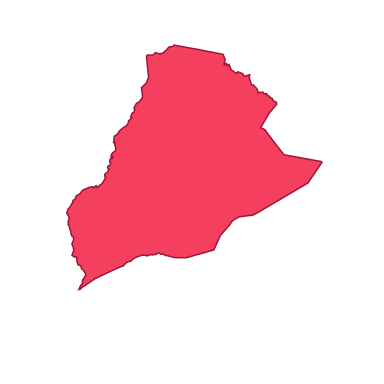 outline of Chalchihuitán, Chiapas, Mexico, rotated 206°
{"feature_id": "50627088B30543908012304", "entity_name": "Chalchihuitán", "entity_type": "district", "adm_level": 2, "iso_a3": "MEX", "parent_name": "Mexico", "parent_adm1": "Chiapas", "projection": "equal_earth", "projection_center": [-92.579, 17.033], "detail": "fine", "context": "isolated", "style": "filled", "palette": "rose", "viewbox_px": 384, "rotation_deg": 206, "n_neighbors": 0, "source": "geoboundaries", "source_scale": "gbopen_adm2", "svg_char_len": 6076}
<svg xmlns="http://www.w3.org/2000/svg" viewBox="0 0 384 384"><g transform="rotate(206 192 192)"><path d="M294.9,126.2L295.2,125.7L295.3,123.7L295.5,123.2L295.8,122.8L295.8,121.0L295.4,119.5L295.5,118.7L295.4,118.2L295.1,117.8L294.4,117.7L293.8,117.3L293.0,116.6L292.5,116.3L292.1,116.0L291.5,115.4L291.0,114.7L290.8,113.8L290.6,112.7L290.5,112.1L290.4,111.4L290.1,110.5L289.5,109.8L289.2,109.3L289.3,108.6L288.7,108.5L286.9,106.9L286.4,106.2L285.6,105.2L283.5,103.1L282.9,102.1L282.3,101.2L281.7,100.6L280.9,100.1L280.2,99.6L279.3,99.5L278.4,98.9L277.9,98.1L277.7,97.7L277.5,96.7L277.5,96.3L277.2,95.3L277.3,93.6L277.1,92.7L276.7,92.1L276.2,91.6L275.9,91.3L274.6,90.6L274.2,89.8L273.9,89.3L273.6,89.1L273.2,88.5L272.5,87.1L272.4,86.2L272.5,85.4L272.4,84.6L272.3,83.1L272.0,82.3L271.4,82.4L270.1,82.1L269.0,82.0L267.7,83.3L266.7,82.2L265.6,80.5L265.0,79.2L263.8,77.9L262.6,76.6L259.9,76.9L258.9,76.2L258.1,74.9L257.1,74.4L255.3,74.1L253.1,72.7L251.8,71.9L251.3,71.2L251.1,70.5L251.7,64.2L251.2,63.5L250.6,62.7L250.6,61.0L251.0,59.6L251.1,57.6L250.9,54.7L250.0,55.5L249.6,56.6L249.3,57.0L248.7,58.6L248.4,59.3L248.1,59.7L247.7,60.4L247.0,61.4L245.9,63.4L243.8,66.9L241.0,71.8L239.7,73.4L236.6,77.3L229.5,86.2L223.0,93.9L221.1,95.7L220.9,97.3L220.1,99.6L218.4,101.6L216.8,102.9L215.8,105.6L214.2,108.2L211.7,110.8L209.2,113.3L206.8,114.3L203.8,115.2L203.6,115.9L203.1,116.4L202.3,117.0L201.3,117.7L199.9,118.1L199.4,118.4L199.1,118.7L198.2,119.5L196.7,120.2L196.6,120.5L196.3,121.2L196.2,121.8L195.9,122.4L195.4,122.6L192.0,122.6L191.4,123.0L190.4,123.5L188.8,123.5L188.1,123.4L187.7,123.4L187.3,123.7L178.9,125.4L168.3,130.4L147.0,149.5L147.5,165.7L146.8,167.5L146.4,169.3L144.7,175.6L144.0,177.6L143.0,184.0L138.7,190.5L137.9,190.8L134.0,193.5L132.8,194.2L130.8,195.6L127.8,197.4L127.2,197.9L126.8,198.5L126.6,198.8L125.2,200.3L91.7,251.0L88.2,275.6L89.2,276.1L89.7,275.9L125.7,265.8L143.0,274.3L153.9,280.0L158.5,279.8L157.2,296.8L154.3,308.1L154.7,308.4L155.4,309.6L158.9,309.6L161.2,311.3L161.5,311.3L161.9,311.1L162.1,311.1L162.3,311.1L162.7,311.0L164.3,311.9L164.7,312.0L164.9,311.9L165.5,311.9L165.9,311.9L166.4,311.9L167.0,312.0L168.0,313.2L170.1,311.9L170.6,312.1L170.9,312.3L171.2,312.5L171.3,312.5L171.8,312.8L172.2,312.7L173.4,311.9L173.7,311.8L174.0,311.7L174.4,311.5L174.6,311.4L174.8,311.4L175.1,311.1L175.3,310.8L176.2,310.1L176.9,311.0L177.2,311.4L177.4,311.7L177.6,312.1L177.8,312.3L178.0,312.5L178.3,312.7L178.6,312.9L179.2,313.4L179.5,313.5L179.8,313.6L180.5,313.9L181.3,314.1L182.0,314.4L182.7,314.4L183.5,315.2L184.4,314.6L185.7,314.6L188.8,317.9L190.5,319.6L191.6,322.7L195.8,318.8L198.5,320.6L203.6,320.1L204.2,318.0L210.5,319.1L214.6,322.9L215.9,320.9L217.2,322.7L218.1,322.4L218.0,321.1L219.0,320.6L220.3,325.7L224.5,329.3L249.3,322.7L260.8,319.4L272.5,316.2L272.6,315.9L272.7,315.2L272.9,314.7L273.1,314.4L273.5,314.0L274.5,313.3L275.0,313.1L276.0,312.5L276.3,312.0L276.5,311.6L276.8,310.1L276.9,309.5L277.0,309.0L277.3,308.3L277.4,308.0L277.5,307.7L277.6,307.3L278.0,306.9L278.5,306.3L278.4,305.5L278.4,305.1L278.6,304.3L279.0,304.0L279.3,303.9L279.5,303.9L279.8,303.7L279.8,303.4L280.2,303.0L280.9,302.6L281.3,302.4L281.5,302.0L282.0,301.9L282.2,301.7L283.1,301.6L283.5,301.7L284.1,301.6L284.6,301.3L284.9,301.3L285.4,301.3L285.9,301.3L286.2,300.8L286.2,300.5L286.3,300.0L286.3,299.7L286.6,299.1L286.8,298.7L287.2,298.1L287.5,297.7L288.0,297.5L288.5,297.2L289.7,296.7L290.0,296.6L290.5,296.3L291.3,296.0L291.7,295.8L292.1,295.4L292.2,295.1L292.3,294.9L292.3,294.5L292.3,294.0L292.2,293.6L281.3,276.1L280.8,269.7L283.2,263.6L278.2,256.2L278.1,254.2L278.2,253.2L278.3,252.6L278.6,251.9L278.8,250.8L279.0,250.2L279.4,249.2L279.8,248.6L280.0,248.4L280.7,247.5L280.9,246.9L280.8,246.3L280.9,245.1L281.0,244.0L281.0,242.0L280.0,241.5L279.5,241.2L279.6,240.7L279.6,240.1L279.5,239.6L279.1,238.8L279.1,238.2L279.4,237.7L280.0,237.3L280.2,236.9L280.4,236.0L280.4,235.2L280.1,233.7L280.0,232.8L279.6,232.4L279.7,232.0L279.3,232.0L278.8,232.0L278.9,231.6L279.0,230.9L279.0,230.3L279.5,229.5L280.1,228.8L280.1,227.9L280.0,227.4L279.9,227.1L279.7,226.5L279.6,225.5L279.7,224.3L280.0,223.3L280.5,221.9L281.7,220.2L282.1,219.5L282.5,218.4L283.0,217.6L283.3,216.9L283.7,215.8L284.1,215.0L284.1,213.7L284.2,212.7L284.3,211.6L285.3,209.7L285.6,208.9L286.3,208.1L285.9,206.5L285.3,205.3L284.3,203.7L284.4,203.0L284.4,202.2L283.9,201.9L283.5,202.0L283.1,202.4L282.6,202.4L282.3,201.7L282.2,201.0L282.0,200.3L281.6,200.2L281.2,199.7L280.8,199.2L280.5,199.0L280.1,198.2L279.5,197.4L279.2,196.7L278.9,195.9L279.4,194.5L280.3,192.9L280.7,191.8L280.7,190.4L280.4,188.3L280.2,187.9L279.9,187.8L279.6,188.2L279.2,188.9L278.8,188.8L278.4,188.6L278.2,188.2L278.2,187.6L278.3,187.2L278.7,186.8L279.3,186.6L279.8,186.0L279.9,185.2L279.8,184.4L279.2,183.2L278.7,182.5L278.1,182.4L277.6,182.2L277.5,181.6L277.5,181.0L277.5,180.5L277.9,179.9L278.2,179.3L278.6,178.8L278.7,178.4L278.8,177.9L278.7,177.1L278.3,176.5L277.6,176.5L277.1,176.4L276.8,176.1L276.3,175.9L276.7,174.9L276.8,174.2L276.5,173.8L276.6,173.0L276.7,172.4L277.2,171.9L278.0,170.2L278.1,169.2L277.5,168.5L277.1,167.6L276.4,167.5L275.8,167.1L275.7,166.7L276.0,166.3L276.2,165.3L276.1,163.6L276.1,162.5L276.4,161.8L276.5,161.1L276.6,160.5L276.6,159.7L276.8,159.3L277.2,158.5L277.7,157.9L278.1,157.5L278.4,156.3L278.4,155.3L278.6,154.9L279.3,154.4L279.5,154.5L279.8,154.6L280.0,155.1L280.4,155.6L280.9,155.7L281.4,155.0L281.6,153.0L281.8,152.7L282.1,152.5L282.3,152.6L282.7,152.9L283.2,153.3L283.7,153.3L284.0,153.1L284.6,152.5L285.0,152.0L285.4,151.6L285.9,151.4L286.8,150.9L287.3,150.0L287.7,149.5L288.3,148.8L289.0,148.1L289.8,147.2L290.4,146.6L291.0,145.7L291.1,144.9L291.4,144.4L291.7,142.8L291.7,142.0L291.9,141.4L292.2,141.1L292.5,140.7L292.9,139.9L293.4,139.2L294.0,138.5L294.3,137.5L294.3,136.5L294.2,135.8L294.1,135.2L293.9,134.7L293.9,134.1L294.2,133.7L294.3,133.4L294.6,133.3L295.0,132.7L295.2,131.8L295.1,131.2L294.9,131.0L294.6,130.9L294.2,130.8L293.9,130.3L294.3,129.8L294.7,129.4L295.0,129.0L295.0,128.5L295.0,128.2L294.8,127.2L294.9,126.2Z" fill="#f43f5e" stroke="#9f1239" stroke-width="1.5"/></g></svg>